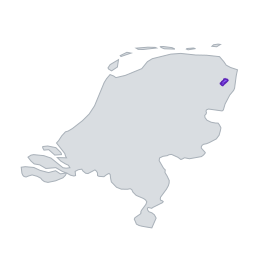 Pekela, Groningen, Netherlands shown in context, rotated 8°
{"feature_id": "6326949B23781869832048", "entity_name": "Pekela", "entity_type": "district", "adm_level": 2, "iso_a3": "NLD", "parent_name": "Netherlands", "parent_adm1": "Groningen", "projection": "natural_earth1", "projection_center": [6.972, 53.067], "detail": "fine", "context": "in_parent", "style": "filled", "palette": "violet", "viewbox_px": 256, "rotation_deg": 8, "n_neighbors": 0, "source": "geoboundaries", "source_scale": "gbopen_adm2", "svg_char_len": 4103}
<svg xmlns="http://www.w3.org/2000/svg" viewBox="0 0 256 256"><g transform="rotate(8 128 128)"><path d="M165.5,223.6L160.1,223.5L155.2,223.3L152.5,223.0L149.7,222.0L148.5,219.9L146.9,217.4L147.4,215.8L152.1,211.5L152.8,210.2L152.3,209.6L152.8,207.7L156.4,201.1L156.9,198.5L155.3,196.7L153.0,195.6L145.5,193.6L141.9,190.9L140.3,188.5L138.6,187.8L136.2,188.7L129.9,189.5L124.9,188.3L119.0,183.7L117.6,179.7L116.9,176.6L115.5,175.6L113.4,177.1L110.9,179.6L105.9,179.9L104.5,179.4L104.2,178.0L104.0,176.6L102.6,175.0L101.1,174.1L94.7,178.7L92.4,178.7L89.4,176.9L88.0,175.2L84.7,176.2L81.7,178.3L82.7,182.4L81.1,183.1L77.5,182.7L73.4,181.1L68.9,180.1L62.0,177.3L52.3,179.5L45.7,176.8L40.1,176.6L36.7,174.4L33.0,170.8L35.7,168.4L38.3,167.5L48.5,167.1L55.9,168.5L69.1,176.4L72.4,176.4L76.0,175.4L74.2,173.2L70.9,172.2L66.0,170.1L62.1,167.1L71.3,166.1L70.1,164.6L68.9,162.0L59.3,152.8L61.0,150.3L63.5,145.0L66.6,140.5L69.1,139.4L73.1,136.2L81.9,127.1L87.6,119.6L91.8,110.7L98.1,86.3L99.9,82.2L102.8,77.6L106.5,78.5L109.0,79.8L118.0,76.3L133.4,67.3L138.0,59.6L142.4,56.0L160.1,48.9L169.8,46.8L184.8,46.3L195.7,45.0L208.7,44.6L213.6,48.9L216.5,52.1L221.1,53.8L228.3,55.1L227.9,61.3L228.0,73.8L227.4,76.0L224.2,81.2L220.8,90.7L219.9,96.9L218.8,98.0L205.1,98.0L203.2,99.1L202.9,100.4L203.6,102.0L203.2,103.6L202.2,104.9L202.8,107.0L205.1,109.3L209.5,110.7L214.1,110.9L216.5,110.6L218.2,112.3L220.0,114.9L219.8,118.1L219.2,122.5L217.0,126.5L210.6,131.1L207.8,132.7L205.1,133.6L203.8,134.8L203.2,136.4L203.4,137.7L207.9,141.5L207.8,142.3L206.5,144.3L204.7,146.1L193.1,149.9L188.2,149.6L185.5,151.5L184.6,151.8L181.6,150.1L174.8,148.1L172.2,148.8L170.8,149.9L166.5,151.2L163.4,153.3L163.4,156.0L168.8,162.9L170.7,164.3L170.8,166.9L173.4,170.1L176.1,174.2L176.4,176.8L176.0,179.5L174.6,183.2L169.9,191.9L169.8,193.6L170.2,194.9L171.8,195.2L173.1,195.9L172.7,197.0L163.8,203.1L162.7,204.2L159.0,203.9L158.4,204.9L158.9,206.5L160.3,208.0L163.5,208.7L166.2,210.3L168.4,213.3L165.5,223.6ZM73.4,181.1L72.6,183.6L70.5,186.4L63.6,190.4L56.3,193.0L52.6,192.7L50.1,191.3L48.7,189.9L44.9,188.5L39.6,187.8L36.3,189.3L33.9,190.7L31.8,190.5L30.3,189.3L29.2,187.4L27.7,181.7L31.7,180.6L40.2,180.2L46.8,182.2L55.5,183.2L62.2,180.4L67.4,182.8L73.4,181.1ZM59.3,157.5L64.3,161.2L65.4,162.3L65.8,163.6L59.3,165.0L52.5,160.5L47.9,161.6L46.3,159.5L46.2,158.2L51.0,157.0L59.3,157.5ZM109.0,69.1L103.8,73.7L100.7,72.4L99.8,71.3L101.5,67.7L109.1,61.6L109.0,69.1ZM131.9,48.2L127.1,48.7L124.9,47.8L136.5,45.2L143.8,44.4L145.1,44.8L131.9,48.2ZM163.0,43.4L152.8,44.5L149.4,43.6L148.8,42.9L151.6,42.4L160.3,42.3L162.9,43.0L163.0,43.4ZM120.6,53.4L111.1,58.2L110.2,57.4L116.4,53.2L120.6,53.4ZM204.5,35.2L199.7,35.4L201.1,33.7L205.5,32.4L207.9,32.4L204.5,35.2ZM183.8,40.0L176.6,42.2L174.8,41.7L175.3,41.1L181.6,39.7L183.8,40.0Z" fill="#d9dde1" stroke="#a8b0b8" stroke-width="1"/><path d="M218.9,69.0L219.0,68.9L219.1,68.7L219.4,68.3L219.4,68.2L219.4,68.3L219.5,68.2L219.7,67.9L219.8,67.8L219.8,67.7L220.0,67.5L220.0,67.4L220.2,67.2L220.3,67.1L220.3,66.9L220.2,66.9L220.0,66.7L219.9,66.7L219.7,66.6L219.6,66.4L219.5,66.2L219.3,66.0L219.0,66.0L218.8,66.0L218.7,66.0L218.3,66.0L218.2,66.0L217.7,66.0L217.3,65.9L217.2,65.8L217.0,66.0L216.9,66.0L216.7,66.2L216.5,66.3L216.4,66.4L216.2,66.4L216.2,66.5L216.1,66.8L216.1,67.2L216.1,67.4L216.0,67.5L216.0,67.4L216.0,67.5L215.9,67.5L215.7,67.7L215.7,67.8L215.2,68.3L215.3,68.3L215.2,68.4L215.1,68.5L214.9,68.6L214.7,68.8L214.5,69.0L214.4,69.2L214.4,69.3L214.4,69.5L214.3,69.8L214.2,69.9L214.3,69.9L214.3,70.0L214.5,70.0L214.7,70.5L214.0,70.5L214.0,70.8L213.9,70.8L213.7,70.8L213.4,70.8L213.3,71.0L213.4,71.3L213.5,71.3L213.6,71.5L213.8,71.6L214.0,71.7L214.0,71.8L214.3,72.0L214.5,72.2L214.6,72.3L214.8,72.4L214.9,72.5L215.0,72.5L215.3,72.6L215.5,72.7L215.7,72.8L215.8,72.8L215.9,72.7L216.0,72.7L216.1,72.4L216.3,72.2L216.5,72.0L216.5,71.9L216.6,71.7L216.8,71.5L216.8,71.4L217.0,71.2L217.2,70.9L217.3,70.8L217.3,70.7L217.5,70.6L217.5,70.4L217.6,70.2L217.8,70.1L217.7,70.0L217.8,70.0L218.2,69.5L218.3,69.4L218.5,69.1L218.6,68.9L218.8,69.1L218.9,69.0Z" fill="#8b5cf6" stroke="#5b21b6" stroke-width="1.5"/></g></svg>